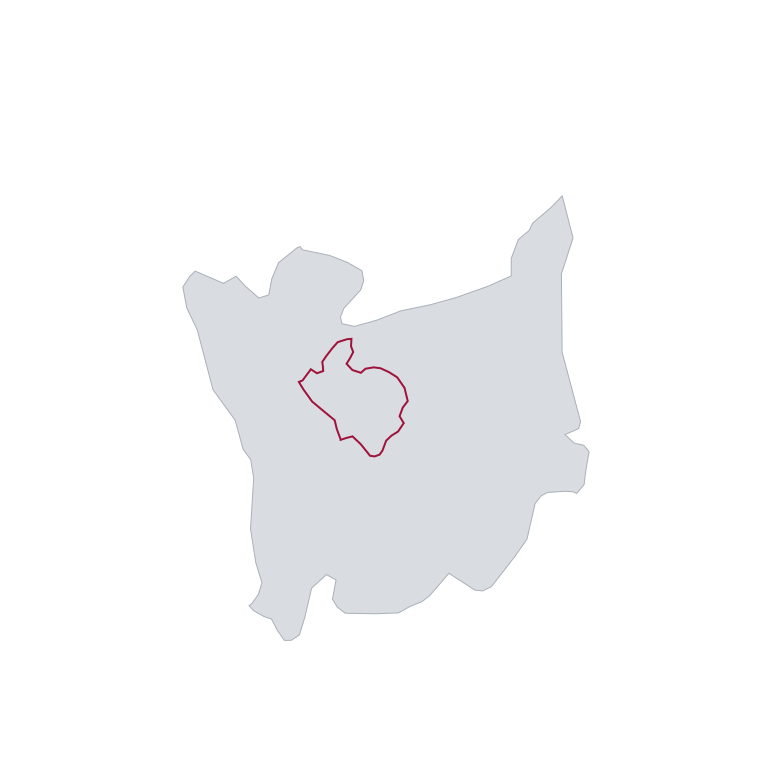 Montenegro, with Kolašin highlighted, rotated 221°
{"feature_id": "MNE-1512", "entity_name": "Kolašin", "entity_type": "Municipality", "adm_level": 1, "iso_a3": "MNE", "parent_name": "Montenegro", "parent_adm1": "", "projection": "albers", "projection_center": [19.443, 42.798], "detail": "coarse", "context": "in_parent", "style": "outline", "palette": "rose", "viewbox_px": 768, "rotation_deg": 221, "n_neighbors": 0, "source": "natural_earth", "source_scale": "10m", "svg_char_len": 1932}
<svg xmlns="http://www.w3.org/2000/svg" viewBox="0 0 768 768"><g transform="rotate(221 384 384)"><path d="M340.3,128.1L339.7,131.9L340.8,143.0L345.7,153.9L363.6,165.1L389.7,187.1L420.6,227.5L434.8,239.4L447.5,242.3L472.5,259.0L489.8,263.0L509.3,267.5L560.2,302.2L583.0,312.2L599.4,325.2L601.2,337.6L600.6,345.3L571.3,354.6L566.3,368.3L552.1,366.8L534.9,366.8L529.4,375.6L537.7,389.8L543.2,406.5L539.0,429.6L537.6,432.6L533.4,431.9L509.2,445.4L491.2,451.8L474.9,455.0L467.1,448.6L463.3,439.9L463.9,414.6L460.9,406.1L455.4,401.9L444.2,408.0L431.3,427.5L419.3,450.3L401.2,474.0L386.2,496.7L370.0,525.3L358.9,549.0L370.4,562.4L377.4,581.1L375.2,595.0L377.3,603.1L373.7,627.5L372.9,642.9L337.1,618.2L322.4,583.6L270.5,524.9L211.0,484.6L207.9,478.3L211.3,470.7L214.2,464.6L201.8,464.1L193.0,468.8L184.8,467.4L175.7,452.4L167.0,439.3L166.8,427.9L170.8,426.5L176.8,422.0L189.4,409.5L192.0,402.9L191.5,392.8L174.3,360.7L172.1,340.0L170.0,301.5L173.8,292.5L180.2,288.1L210.8,283.7L210.7,253.7L212.6,244.7L218.8,232.3L222.8,220.9L239.9,204.8L263.0,185.5L273.0,185.0L281.7,187.8L291.6,204.6L302.4,202.4L304.7,182.4L290.7,156.0L283.3,139.2L285.7,129.9L291.0,125.1L303.1,128.2L314.7,132.8L322.0,129.8L333.6,127.4L340.3,128.1Z" fill="#d9dde1" stroke="#a8b0b8" stroke-width="1"/><path d="M343.4,367.4L343.4,366.9L342.2,357.4L344.5,349.9L345.2,342.6L341.5,332.8L341.0,327.8L343.5,323.3L347.4,320.7L362.0,323.3L373.4,323.8L377.0,318.6L380.1,313.4L380.5,313.8L390.0,319.0L397.5,324.3L411.5,323.9L426.8,323.6L435.1,325.6L441.1,327.0L449.6,329.7L447.8,333.3L448.8,346.4L448.9,347.1L441.7,348.1L438.4,353.9L441.7,357.2L445.1,360.2L445.9,367.0L446.5,377.2L446.4,385.2L441.4,393.4L438.2,396.7L433.6,390.8L428.2,387.9L426.6,381.3L425.5,374.7L417.0,373.8L408.8,377.3L408.0,383.4L402.7,389.8L397.0,393.6L388.1,396.2L378.4,397.7L365.9,394.5L354.9,386.7L354.6,382.1L354.4,378.6L351.1,369.9L343.4,367.4Z" fill="none" stroke="#9f1239" stroke-width="2"/></g></svg>